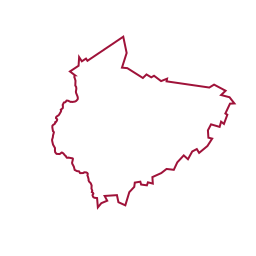 Monroe, Tennessee, United States of America, rotated 122°
{"feature_id": "52423323B41310745386926", "entity_name": "Monroe", "entity_type": "district", "adm_level": 2, "iso_a3": "USA", "parent_name": "United States of America", "parent_adm1": "Tennessee", "projection": "robinson", "projection_center": [-84.153, 35.439], "detail": "fine", "context": "isolated", "style": "outline", "palette": "rose", "viewbox_px": 256, "rotation_deg": 122, "n_neighbors": 0, "source": "geoboundaries", "source_scale": "gbopen_adm2", "svg_char_len": 2293}
<svg xmlns="http://www.w3.org/2000/svg" viewBox="0 0 256 256"><g transform="rotate(122 128 128)"><path d="M110.8,207.2L111.4,200.8L111.6,201.1L112.1,201.1L113.4,200.4L113.6,200.0L115.7,197.6L119.9,195.2L120.7,193.7L122.1,192.6L124.9,191.4L125.7,190.7L128.1,187.4L129.2,186.4L130.4,185.9L132.5,186.3L133.7,187.0L135.5,189.1L135.6,189.6L136.3,190.5L136.6,193.2L137.1,194.3L137.3,194.6L139.3,194.8L140.4,195.9L143.2,195.6L143.6,195.0L145.5,193.9L146.0,193.9L148.1,194.7L148.3,194.5L148.8,193.8L149.8,193.6L153.3,193.5L154.2,193.7L155.2,194.2L156.1,194.6L156.8,194.7L157.3,194.6L157.8,194.3L157.9,193.6L158.2,192.7L158.4,192.5L159.5,192.2L161.2,192.3L161.2,192.5L161.4,192.8L161.7,192.8L163.1,192.3L164.6,192.9L164.9,193.1L166.2,193.3L167.7,192.4L170.4,190.0L170.4,189.4L170.9,188.6L172.7,188.0L173.9,187.7L175.8,186.8L178.1,186.2L179.0,185.6L181.8,182.8L183.7,179.3L185.7,178.1L186.0,177.9L187.2,176.8L187.8,174.9L186.4,172.3L185.8,171.9L184.0,171.3L183.8,171.0L183.8,169.4L184.7,166.8L184.7,166.4L184.8,165.7L185.3,165.0L185.6,164.1L185.0,163.0L184.7,162.9L183.1,158.9L183.3,158.4L183.9,158.1L186.9,157.1L187.3,156.9L188.2,155.8L188.5,155.1L189.6,153.3L191.8,151.0L191.6,148.5L191.1,147.3L190.7,146.7L190.9,146.1L191.6,144.9L191.6,144.6L189.9,142.1L189.6,141.9L188.8,141.7L188.6,141.4L187.8,139.9L187.7,138.8L188.0,138.0L188.9,137.5L189.7,137.3L190.6,136.1L192.4,134.2L193.3,133.7L193.9,132.8L194.1,132.5L194.4,130.9L194.9,129.9L196.0,128.4L198.7,126.9L200.1,125.1L201.5,124.7L201.5,123.4L202.0,122.6L202.5,122.5L203.4,122.6L203.8,122.5L204.9,121.1L205.0,120.0L205.0,119.6L203.8,117.1L211.3,111.5L205.9,110.8L200.7,107.1L198.0,111.8L190.8,101.8L196.0,96.8L195.0,89.3L181.7,92.9L174.6,91.5L170.7,93.3L167.0,89.1L169.0,86.9L166.6,81.6L163.5,82.3L162.0,77.5L156.7,81.3L148.6,75.9L142.3,73.6L140.4,69.6L139.2,67.0L131.0,68.0L121.7,66.2L122.7,60.6L113.9,61.1L109.4,58.5L111.4,54.5L101.2,51.1L92.4,51.0L93.6,54.7L87.6,59.0L80.9,59.5L78.5,50.9L73.3,52.4L73.7,48.8L64.1,50.8L64.1,53.1L53.3,54.4L50.8,50.8L48.1,58.2L50.7,66.5L44.7,65.0L45.6,78.0L50.6,80.5L68.0,120.0L65.5,121.0L70.7,124.8L69.9,133.6L72.7,135.1L72.8,140.7L77.7,141.9L77.6,160.3L80.0,165.1L65.1,168.9L53.1,180.4L92.5,198.0L91.4,200.4L95.9,202.5L93.8,207.0L101.4,202.9L110.8,207.2Z" fill="none" stroke="#9f1239" stroke-width="2"/></g></svg>